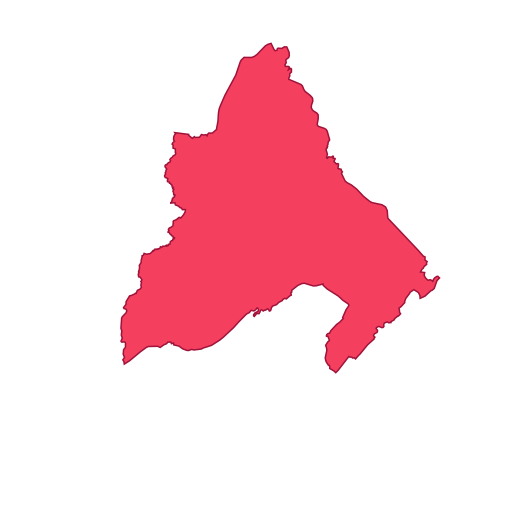 the district of Bueng Na Rang, Phichit, Thailand, rotated 45°
{"feature_id": "78962969B60737271692218", "entity_name": "Bueng Na Rang", "entity_type": "district", "adm_level": 2, "iso_a3": "THA", "parent_name": "Thailand", "parent_adm1": "Phichit", "projection": "equal_earth", "projection_center": [100.12, 16.173], "detail": "fine", "context": "isolated", "style": "filled", "palette": "rose", "viewbox_px": 512, "rotation_deg": 45, "n_neighbors": 0, "source": "geoboundaries", "source_scale": "gbopen_adm2", "svg_char_len": 6136}
<svg xmlns="http://www.w3.org/2000/svg" viewBox="0 0 512 512"><g transform="rotate(45 256 256)"><path d="M219.5,408.6L220.8,411.7L221.8,411.9L224.0,409.6L225.1,409.7L227.8,412.4L228.4,413.5L228.4,414.9L228.8,416.1L231.5,419.3L234.7,420.7L235.3,423.6L237.3,424.1L239.3,425.6L240.7,419.4L242.0,405.2L243.1,398.2L243.9,396.1L250.3,389.4L252.9,388.4L253.7,383.8L254.8,381.2L254.5,379.4L256.5,377.1L258.2,377.8L259.2,375.9L260.7,377.0L265.2,374.2L269.7,373.5L273.6,371.8L275.1,370.6L276.5,367.6L278.6,366.3L283.1,360.5L283.6,358.7L287.7,350.7L289.8,341.3L290.3,336.8L290.8,322.5L290.4,315.1L290.3,303.8L291.3,300.7L291.0,297.9L293.4,296.3L293.8,294.2L293.5,292.0L294.2,291.6L295.4,292.0L296.3,293.2L296.5,294.0L295.5,296.7L295.8,299.2L296.6,300.0L297.5,300.0L297.4,297.7L297.0,296.4L298.9,294.7L298.5,293.0L297.7,291.3L297.8,290.5L298.6,289.8L300.0,289.8L300.3,288.5L301.0,287.6L301.6,285.1L302.9,284.9L304.2,285.5L304.6,285.3L304.9,284.2L303.4,281.4L303.2,279.5L304.9,276.0L304.9,272.8L306.1,268.8L305.7,268.0L306.2,265.7L307.8,264.9L308.1,260.2L308.6,258.7L306.6,257.3L306.8,256.2L305.5,255.0L306.4,247.2L307.9,243.1L309.4,241.1L317.6,236.7L319.5,234.7L323.2,228.4L324.1,229.2L329.6,229.0L342.6,226.1L348.7,225.9L355.1,224.7L356.4,225.1L356.8,225.6L357.7,230.4L360.8,238.3L361.9,238.5L362.0,243.6L361.4,247.4L361.7,255.8L362.6,258.7L361.8,259.7L361.6,261.3L362.2,262.7L362.5,262.9L363.6,262.0L367.6,263.7L367.5,266.0L368.4,269.9L371.2,271.3L373.0,272.9L376.9,279.0L378.6,280.2L380.5,281.2L383.6,281.9L384.4,282.0L385.1,281.5L386.9,282.5L387.7,283.4L392.2,282.2L394.9,282.1L394.9,278.7L392.7,261.4L393.8,261.2L395.1,259.9L396.5,259.8L397.4,258.5L399.2,258.4L398.8,253.8L398.9,251.8L397.7,239.8L398.2,231.2L397.6,230.8L397.5,229.3L395.6,229.3L395.1,228.9L394.8,227.4L395.6,224.4L395.2,223.4L394.4,222.6L392.2,222.4L391.8,221.4L392.6,218.9L395.6,217.7L396.4,216.6L396.3,215.4L394.7,214.1L394.2,212.5L395.5,209.7L397.1,209.4L398.5,207.6L397.9,207.1L398.9,203.1L398.3,202.5L398.8,197.9L399.2,197.7L399.1,194.6L397.3,194.3L395.5,192.7L394.0,191.9L394.4,189.0L394.1,183.7L393.3,183.1L391.9,180.0L391.1,174.0L390.6,172.9L391.4,168.2L396.6,167.0L399.9,168.1L402.0,169.9L403.9,164.8L404.2,157.1L404.8,155.6L405.0,153.0L401.4,145.5L401.3,141.7L398.9,141.8L398.3,142.6L397.8,145.2L398.1,147.3L398.9,148.5L398.9,149.0L397.1,149.1L395.8,149.7L395.3,150.9L394.3,151.6L392.0,151.7L389.2,151.1L387.9,149.9L387.0,148.4L383.6,151.0L382.8,148.0L382.9,146.3L382.3,144.8L382.6,141.2L381.6,140.5L380.9,138.9L378.5,139.4L376.1,137.1L374.4,137.8L366.7,137.3L323.5,136.1L322.3,135.9L316.7,131.1L313.0,129.7L308.8,130.7L300.1,136.3L297.5,137.0L289.8,137.8L280.0,137.5L273.3,138.3L268.3,139.8L265.8,139.9L258.4,137.3L257.9,136.8L257.6,135.4L255.1,135.0L254.9,134.5L253.1,135.5L252.6,136.1L251.9,136.0L250.2,133.6L249.1,132.6L248.5,132.8L247.8,134.0L244.3,134.1L243.3,131.3L242.7,131.2L241.5,132.4L240.2,130.8L239.7,131.1L239.4,132.7L237.2,134.6L237.4,136.5L236.8,136.7L236.3,136.5L234.5,133.5L230.6,131.4L229.7,130.3L229.9,129.1L229.4,128.8L229.2,127.9L228.4,127.6L228.0,126.3L226.4,124.3L226.1,122.1L225.8,121.7L218.1,117.4L216.1,116.9L213.9,117.5L208.5,120.2L207.0,120.1L206.0,119.4L202.8,114.8L200.1,112.2L198.0,111.9L194.0,112.8L192.4,112.8L190.0,111.9L188.5,110.0L186.7,106.4L184.8,104.7L183.9,104.3L181.1,104.1L174.3,104.9L172.0,104.4L168.5,102.9L166.5,102.9L154.2,107.9L153.2,106.5L152.6,104.8L151.2,103.6L150.9,102.8L151.0,100.9L148.9,98.7L147.9,98.7L147.2,101.3L146.3,99.2L145.7,98.8L144.8,99.1L142.9,101.0L142.4,101.1L141.3,100.3L140.7,97.9L138.8,96.7L138.4,95.4L138.8,92.5L137.7,90.6L135.3,88.5L129.9,86.4L128.1,88.1L127.5,90.9L124.6,93.5L124.5,94.3L125.3,95.7L124.6,97.1L123.7,97.4L122.3,97.1L116.3,95.0L114.7,98.0L114.0,100.9L114.2,112.9L113.7,115.9L112.6,118.6L107.1,124.0L107.0,127.9L107.6,129.9L113.8,142.4L120.4,164.4L124.6,175.1L126.1,178.3L128.4,181.5L133.7,187.5L138.6,194.6L138.2,200.0L135.7,202.4L135.7,204.2L136.4,205.6L134.8,205.6L133.6,207.3L131.5,208.7L132.1,212.0L129.1,215.2L128.0,215.2L127.8,217.8L122.9,218.3L122.4,217.6L111.3,226.2L112.7,226.5L112.9,228.4L113.7,230.1L115.6,232.2L117.2,232.5L117.1,234.7L117.5,236.2L119.0,236.3L121.1,238.4L123.3,237.3L125.7,239.8L126.8,240.2L127.3,241.7L126.6,243.7L127.0,245.2L126.6,247.4L127.0,248.8L128.3,249.1L128.7,250.3L128.1,251.9L128.1,253.8L128.4,254.6L127.6,255.6L127.7,256.3L128.7,257.3L131.3,257.6L131.8,259.1L132.7,260.1L133.0,261.4L134.2,262.1L134.4,263.6L135.1,264.3L136.4,264.7L137.4,264.0L139.3,263.8L139.6,264.9L140.8,266.0L142.5,265.0L143.3,265.7L144.3,265.1L145.1,265.5L146.0,265.2L148.1,266.5L149.0,265.9L149.5,267.4L150.8,267.0L151.4,268.9L152.6,269.3L154.6,270.9L155.3,270.1L155.9,270.5L156.6,272.2L156.0,273.1L156.6,274.2L156.5,275.1L157.3,275.6L157.4,276.4L158.2,277.5L157.9,278.4L158.3,278.9L161.0,275.7L162.8,276.9L165.7,275.6L168.1,275.5L169.4,274.8L171.0,275.3L171.8,274.9L172.0,274.2L173.3,273.1L174.7,275.0L175.6,278.0L176.0,282.0L175.6,282.7L174.9,282.5L174.3,283.1L174.1,284.4L174.4,285.0L174.0,285.4L174.1,286.3L172.8,289.5L173.1,290.3L174.5,291.4L174.7,292.1L175.4,292.6L175.9,293.5L175.7,295.3L174.9,297.6L175.1,298.8L175.5,299.4L176.5,299.6L176.6,300.9L177.1,301.4L177.8,300.8L180.2,301.3L180.9,300.9L181.8,301.3L183.5,300.8L184.6,301.7L184.9,301.1L185.6,300.8L186.0,301.7L185.4,303.0L186.0,304.1L185.4,305.0L185.4,306.7L186.8,308.4L185.9,309.6L186.5,310.4L186.4,311.2L185.9,311.9L185.5,311.2L185.2,311.3L184.4,313.9L183.1,315.0L183.3,316.4L181.9,317.0L182.6,318.7L181.9,319.7L181.9,320.5L181.0,320.9L181.1,321.8L179.7,322.5L180.1,324.5L179.9,325.1L179.4,324.8L179.3,325.1L179.6,326.9L179.4,329.2L177.3,332.1L175.0,333.3L175.8,334.9L175.3,336.6L176.1,337.1L177.8,340.2L179.3,341.7L180.2,345.3L181.3,346.0L182.9,347.9L184.1,350.2L184.8,350.1L185.2,351.4L186.1,352.6L187.8,353.7L189.1,352.9L192.0,353.4L192.5,354.4L192.5,355.4L193.7,355.7L195.2,358.0L197.1,359.2L197.4,361.4L196.4,364.1L197.7,367.3L197.0,367.7L197.0,368.7L195.8,371.9L194.8,373.6L196.4,380.1L198.3,382.2L198.8,386.2L199.9,386.5L201.6,385.5L203.3,386.0L204.3,388.0L204.4,393.5L204.9,394.9L211.6,402.6L214.1,403.9L216.7,407.2L219.5,408.6Z" fill="#f43f5e" stroke="#9f1239" stroke-width="1.5"/></g></svg>